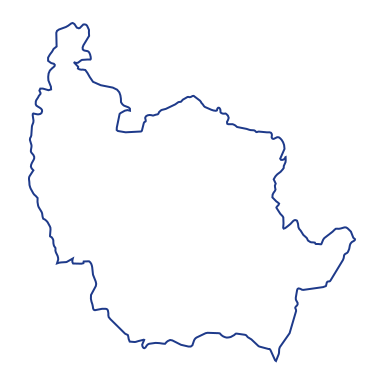 SVG path tracing the border of Amhara, rotated 180°
{"feature_id": "ETH-3109", "entity_name": "Amhara", "entity_type": "Administrative State", "adm_level": 1, "iso_a3": "ETH", "parent_name": "Ethiopia", "parent_adm1": "", "projection": "albers", "projection_center": [38.049, 11.266], "detail": "fine", "context": "isolated", "style": "outline", "palette": "blue", "viewbox_px": 384, "rotation_deg": 180, "n_neighbors": 0, "source": "natural_earth", "source_scale": "10m", "svg_char_len": 5959}
<svg xmlns="http://www.w3.org/2000/svg" viewBox="0 0 384 384"><g transform="rotate(180 192 192)"><path d="M85.3,95.6L86.3,95.2L86.9,93.9L88.2,86.4L88.2,84.8L87.9,83.8L86.4,81.1L86.4,79.6L87.1,78.4L88.1,77.5L88.7,76.5L88.7,75.9L88.0,74.2L87.9,73.0L94.4,50.8L104.2,36.8L104.8,34.9L105.0,31.1L105.3,29.8L108.0,23.0L108.9,23.7L113.5,33.9L114.4,35.0L115.5,35.0L124.1,37.3L125.4,37.8L132.6,44.6L136.2,46.8L137.8,48.7L139.0,49.2L146.7,50.3L148.0,50.4L148.9,49.8L149.7,49.0L153.3,47.0L155.2,46.6L157.2,46.4L158.9,46.8L160.8,47.6L162.5,48.8L164.2,50.6L165.1,50.8L176.4,51.2L178.4,50.8L187.4,46.5L188.5,45.7L189.4,44.6L190.0,43.4L191.6,38.7L193.2,37.5L195.7,37.5L203.0,39.2L211.7,43.6L213.9,44.0L216.1,43.0L217.3,42.1L219.0,40.2L221.4,40.4L224.7,40.9L228.5,41.1L234.9,40.2L236.3,39.5L237.3,38.4L238.6,36.4L239.7,35.8L240.4,36.0L241.1,36.8L241.6,37.9L241.8,39.4L239.8,44.1L240.2,44.3L245.7,42.9L248.3,42.1L249.6,42.0L254.3,42.4L255.3,44.9L255.8,47.8L256.2,49.0L258.9,50.3L273.6,64.8L275.3,66.9L275.7,69.0L275.6,70.3L275.8,71.9L276.1,73.5L276.6,74.4L277.4,75.0L278.6,75.2L281.9,75.2L289.1,73.8L290.3,74.3L290.9,75.6L291.2,77.7L291.7,79.9L292.5,82.3L293.1,85.2L293.0,89.0L288.2,97.9L287.8,100.1L288.3,102.5L291.0,109.3L291.8,116.7L292.1,118.2L292.7,120.0L293.7,121.6L294.8,122.6L295.4,122.7L300.3,122.5L300.6,120.8L302.6,120.3L310.9,120.5L311.5,121.6L311.7,123.0L311.5,124.4L311.2,125.5L317.2,122.1L317.9,121.9L322.6,121.6L324.9,121.3L327.0,120.6L326.0,123.8L325.8,124.5L325.9,126.2L326.4,128.1L328.1,131.6L328.6,133.4L328.5,135.2L328.6,136.1L329.8,137.8L330.2,138.8L330.6,140.8L330.7,143.7L331.0,144.7L331.8,146.0L332.3,146.7L333.9,147.6L334.0,147.9L333.5,154.4L333.6,156.3L334.1,157.6L336.4,161.8L337.6,163.2L339.0,164.4L340.8,165.3L341.4,167.2L341.9,170.7L342.5,172.2L345.3,176.8L345.9,178.4L346.5,182.1L346.4,186.0L348.4,188.2L349.7,189.3L350.7,190.6L353.4,195.5L354.0,197.2L354.5,199.0L354.7,202.2L355.0,204.6L355.0,205.8L354.8,207.0L354.3,208.0L350.6,213.7L352.3,215.5L353.1,217.3L352.9,219.1L352.2,220.9L350.3,224.3L349.8,225.7L349.8,227.2L350.6,229.0L352.7,231.5L353.1,232.4L353.1,233.9L352.5,237.2L352.5,238.8L354.1,244.1L353.9,245.8L353.1,247.3L352.7,248.6L352.1,257.2L351.9,258.4L350.7,261.5L350.5,263.4L351.3,268.7L351.2,270.0L350.7,270.5L346.8,269.7L345.2,269.7L343.6,270.1L342.5,271.0L341.9,272.7L342.0,274.0L342.8,275.2L344.3,276.3L346.3,277.5L347.7,278.5L348.3,279.9L348.2,282.5L347.7,283.9L345.9,286.6L345.3,287.9L343.5,290.2L343.5,291.2L344.3,292.7L344.6,293.5L343.7,295.4L341.1,295.4L335.5,293.8L332.9,294.6L333.1,297.3L335.6,303.6L335.8,307.1L335.4,310.5L334.1,313.5L331.7,315.9L330.3,317.0L329.4,318.0L329.2,319.1L330.1,320.2L332.7,320.9L333.5,321.4L335.9,323.2L335.9,326.4L334.1,329.5L331.9,332.4L330.4,335.1L327.4,337.5L327.7,351.2L327.0,353.1L325.0,354.5L318.1,357.0L315.8,358.3L312.7,360.6L311.3,361.0L309.6,360.0L307.2,356.4L305.2,355.7L304.2,356.0L300.7,359.5L299.3,359.6L298.1,359.3L297.3,358.7L296.8,358.0L295.1,354.3L295.0,353.2L295.1,351.9L294.9,348.1L300.6,338.7L301.4,336.5L301.2,334.5L299.8,333.5L296.2,332.8L294.9,331.7L293.9,329.5L293.3,327.0L293.2,325.1L293.6,324.5L296.2,324.5L302.0,324.1L302.8,323.7L306.0,321.3L307.7,321.0L310.2,321.8L306.3,317.7L305.8,317.1L306.1,315.5L304.7,314.7L302.7,314.3L301.2,314.4L298.7,314.0L296.6,311.1L294.2,306.9L291.0,302.2L283.3,298.8L271.2,296.4L266.9,294.3L264.7,291.7L263.6,288.6L263.1,285.3L263.0,281.9L262.8,281.5L261.6,279.7L260.2,278.5L259.6,278.2L255.4,276.6L254.1,275.4L254.0,273.3L256.6,273.9L259.2,273.3L263.5,270.9L264.4,270.0L267.2,256.4L267.3,254.0L266.1,253.0L258.4,251.7L243.0,252.5L242.3,253.0L242.0,253.7L240.2,260.9L239.8,261.7L239.2,262.2L238.6,262.4L238.3,262.8L238.3,263.8L238.8,265.9L238.7,266.6L237.8,267.9L236.3,268.7L234.6,269.0L233.0,268.9L231.3,268.5L230.7,268.5L228.2,269.3L226.3,269.7L225.6,270.3L225.0,271.8L223.3,273.4L222.8,273.8L222.1,274.1L218.2,275.1L208.8,279.6L205.7,281.8L205.1,282.0L203.2,282.2L202.8,282.5L201.2,284.3L196.5,287.0L195.9,287.1L194.2,286.8L193.3,287.0L191.4,288.0L190.3,288.1L184.1,283.4L183.1,282.2L182.8,281.4L181.2,279.6L179.9,277.7L179.0,277.0L172.6,274.2L170.4,273.5L168.1,273.2L167.1,273.6L166.6,275.4L165.9,276.2L165.2,276.3L164.6,276.0L163.8,274.8L163.6,274.0L163.5,271.8L162.9,271.1L161.9,270.6L160.8,270.3L159.9,270.3L158.7,270.5L158.3,270.4L157.7,270.0L156.1,268.4L155.3,266.1L156.0,264.0L157.0,262.1L156.8,260.3L155.8,259.8L151.4,259.8L150.1,259.3L148.8,258.6L146.9,257.0L137.4,255.1L134.7,254.2L133.3,253.9L130.2,253.7L129.5,253.5L128.9,253.1L127.8,252.0L127.2,251.9L125.6,252.4L125.0,252.4L117.4,251.7L114.4,251.7L113.0,251.2L112.2,249.9L112.1,248.7L112.3,247.5L112.3,246.4L111.6,245.4L110.8,245.1L110.1,245.2L106.8,246.8L105.2,246.7L103.7,245.6L102.2,243.9L100.9,241.7L99.9,238.9L99.5,235.1L103.8,225.3L102.9,224.1L101.5,224.1L100.2,224.6L99.2,225.5L98.6,226.8L98.4,226.9L98.3,223.8L98.5,221.8L100.2,218.0L100.3,216.0L101.2,214.7L103.4,212.2L106.8,209.6L108.6,207.6L110.3,204.7L108.3,200.4L109.1,198.4L109.0,197.0L108.5,194.4L109.2,192.9L110.4,191.3L111.4,189.3L111.6,186.6L107.6,182.5L106.5,181.8L104.9,180.4L105.5,179.0L106.8,177.7L107.6,176.6L107.5,176.1L103.7,170.2L101.5,167.9L100.7,166.6L100.5,160.6L100.8,156.2L100.3,155.4L98.8,155.9L96.3,157.8L93.6,160.0L90.8,163.0L89.6,163.8L88.3,163.9L87.0,163.3L86.0,160.3L85.6,156.9L84.9,155.2L83.3,153.3L80.7,149.1L78.0,146.7L77.1,145.8L76.3,144.0L75.7,143.2L74.1,142.3L73.8,142.0L72.8,141.7L70.9,141.6L69.2,141.4L68.4,140.1L67.8,140.0L65.8,140.0L63.0,139.7L62.6,140.0L60.8,144.4L59.7,145.9L51.3,152.4L49.7,154.0L48.3,155.2L47.0,155.3L45.1,155.2L43.3,155.5L39.6,156.6L38.1,156.6L36.6,155.8L35.0,154.3L33.1,152.4L30.7,146.3L29.0,144.8L29.2,143.9L29.8,143.3L32.2,141.9L33.5,140.4L34.1,138.8L34.8,135.1L36.0,132.2L36.5,131.5L37.2,130.9L38.6,130.2L39.3,129.6L39.9,128.7L40.3,126.0L41.0,124.1L53.5,103.5L54.1,102.8L54.7,102.6L56.0,102.5L56.5,102.3L57.2,101.5L58.0,98.1L58.2,97.9L60.9,96.9L80.7,94.1L82.1,94.3L83.5,95.1L85.3,95.6Z" fill="none" stroke="#1e3a8a" stroke-width="2"/></g></svg>